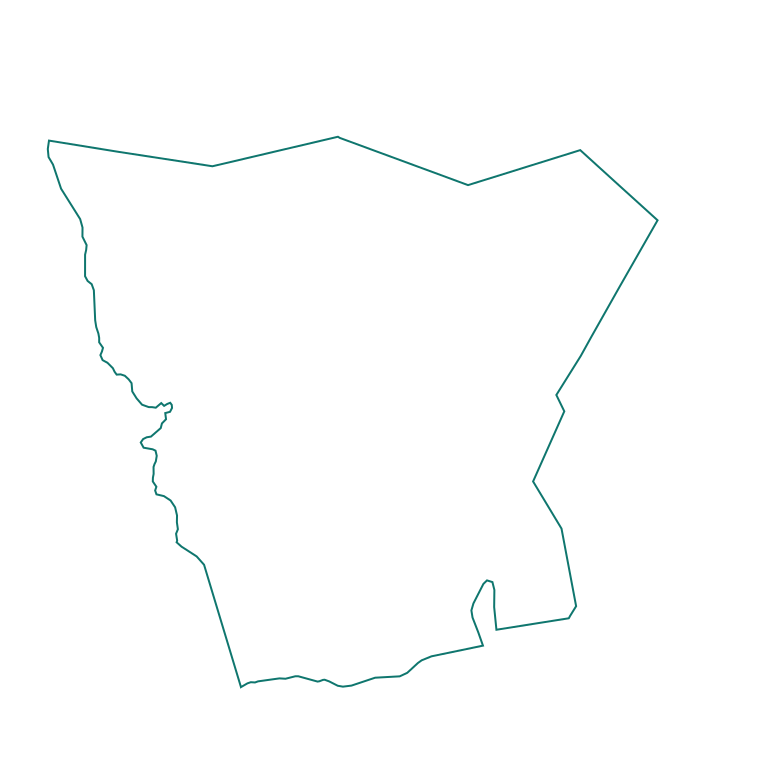 outline of Hodh el Gharbi, rotated 351°
{"feature_id": "MRT-2797", "entity_name": "Hodh el Gharbi", "entity_type": "Region", "adm_level": 1, "iso_a3": "MRT", "parent_name": "Mauritania", "parent_adm1": "", "projection": "natural_earth1", "projection_center": [-10.311, 16.544], "detail": "fine", "context": "isolated", "style": "outline", "palette": "teal", "viewbox_px": 768, "rotation_deg": 351, "n_neighbors": 0, "source": "natural_earth", "source_scale": "10m", "svg_char_len": 1815}
<svg xmlns="http://www.w3.org/2000/svg" viewBox="0 0 768 768"><g transform="rotate(351 384 384)"><path d="M529.8,644.3L526.5,644.3L500.6,644.3L493.3,644.3L456.6,644.3L457.9,621.6L460.8,604.7L460.1,596.6L455.0,594.1L450.9,597.0L438.0,614.7L434.9,621.3L434.9,628.5L438.3,644.2L440.8,657.9L388.3,660.4L378.0,662.8L373.8,664.9L361.8,672.9L353.8,675.2L329.3,672.7L304.7,676.8L296.1,676.5L291.1,674.8L283.4,669.2L279.1,666.8L277.5,666.7L273.6,667.5L271.8,667.5L253.7,659.3L250.7,658.8L240.6,659.7L234.7,658.4L213.1,658.0L209.9,658.6L205.8,657.7L202.3,658.3L195.3,661.0L195.3,660.9L178.0,534.4L172.0,525.0L158.6,513.0L154.4,507.9L155.2,506.4L155.2,499.4L157.7,495.2L157.8,488.2L159.0,481.5L158.4,473.1L155.0,465.7L149.1,460.3L142.0,457.4L141.3,453.4L143.1,449.9L140.4,444.1L141.1,440.4L142.4,436.8L143.4,429.9L144.8,427.2L146.5,424.8L148.3,419.4L147.9,414.1L145.3,412.3L136.6,409.3L134.6,403.7L137.5,400.7L141.3,399.5L145.6,399.5L156.6,392.6L158.5,388.2L163.2,384.7L163.4,378.5L168.3,378.0L170.9,374.5L171.1,371.4L169.9,369.1L166.8,369.8L163.4,371.2L161.0,368.0L154.9,371.7L151.4,370.6L148.0,370.0L141.8,366.6L137.4,359.5L134.2,352.0L134.8,343.7L132.5,339.4L129.3,335.3L125.4,333.3L121.4,332.9L119.8,329.7L118.7,326.0L114.2,319.8L109.8,316.4L108.4,311.1L110.5,307.8L112.1,304.3L109.2,298.3L109.9,293.9L109.8,289.5L108.7,282.8L108.7,275.9L112.1,246.0L110.9,239.7L107.4,235.9L105.6,230.8L109.0,209.5L110.8,205.0L112.0,200.3L109.2,191.3L110.7,182.3L109.7,173.6L95.6,140.6L91.4,115.5L88.2,107.4L88.7,99.3L91.2,91.2L158.5,113.3L248.6,142.1L377.2,132.6L378.8,134.0L498.1,200.7L614.4,183.7L643.6,220.1L679.8,265.1L631.6,325.2L596.2,369.8L582.7,387.1L552.5,421.8L557.8,439.2L516.0,503.6L524.9,525.5L536.7,554.6L539.0,633.5L531.4,642.3L530.3,643.8L529.8,644.3L529.8,644.3Z" fill="none" stroke="#0f766e" stroke-width="2"/></g></svg>